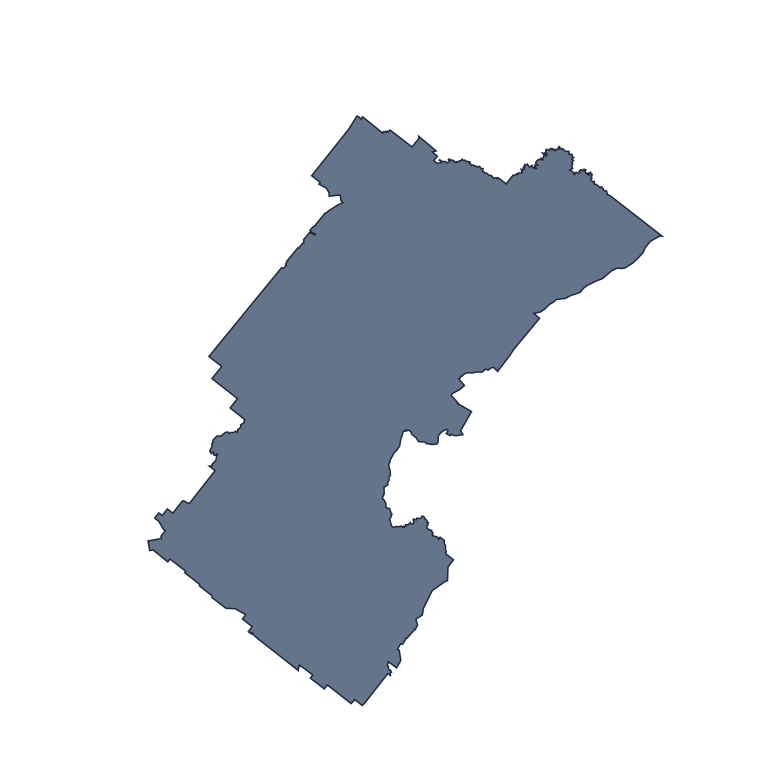 outline of Pyrenees, Victoria, Australia, rotated 210°
{"feature_id": "25037944B34836506967909", "entity_name": "Pyrenees", "entity_type": "district", "adm_level": 2, "iso_a3": "AUS", "parent_name": "Australia", "parent_adm1": "Victoria", "projection": "natural_earth1", "projection_center": [143.347, -37.328], "detail": "fine", "context": "isolated", "style": "filled", "palette": "slate", "viewbox_px": 768, "rotation_deg": 210, "n_neighbors": 0, "source": "geoboundaries", "source_scale": "gbopen_adm2", "svg_char_len": 6158}
<svg xmlns="http://www.w3.org/2000/svg" viewBox="0 0 768 768"><g transform="rotate(210 384 384)"><path d="M282.9,660.2L285.3,659.8L287.6,662.3L288.8,662.2L289.2,661.5L290.9,661.7L291.8,662.9L293.2,662.8L294.0,663.6L295.3,662.2L300.1,663.0L301.9,662.2L303.1,664.6L303.8,663.7L307.2,664.0L307.4,665.5L306.8,665.9L308.4,668.1L308.2,669.3L309.8,669.9L311.1,669.3L311.2,670.3L312.5,668.5L310.9,667.5L312.6,667.3L313.4,668.0L313.9,667.2L316.9,669.2L316.1,669.7L316.5,670.6L318.2,669.9L317.7,669.2L318.7,667.7L319.8,668.5L320.8,667.9L321.3,665.8L320.2,665.0L322.1,663.3L323.1,663.6L324.3,662.5L324.5,661.3L323.5,661.2L323.6,660.6L326.9,662.2L329.3,662.3L330.4,661.5L328.4,665.1L330.5,666.5L330.4,668.4L331.2,669.6L332.4,669.8L331.6,672.1L333.6,672.8L333.0,675.1L334.6,674.9L335.9,676.9L338.9,675.6L340.1,677.9L343.3,676.2L346.9,677.1L347.4,675.9L349.1,676.5L349.7,675.3L350.7,677.3L351.4,676.0L350.7,674.8L351.4,673.5L353.0,672.8L352.5,671.7L355.3,672.1L355.0,671.3L355.4,671.0L357.0,671.6L357.8,670.5L357.1,669.3L360.9,668.3L360.0,665.6L360.3,664.6L358.0,665.0L357.2,662.7L357.9,662.4L360.5,663.8L362.2,663.3L359.8,662.4L359.1,658.0L358.4,657.7L358.9,657.2L361.0,658.1L361.0,656.4L362.0,656.1L363.1,654.3L363.4,652.0L362.6,650.7L360.4,650.3L363.0,648.7L359.7,646.8L360.9,646.0L362.4,646.7L363.2,645.5L365.2,647.2L366.5,644.6L369.9,646.1L371.0,644.2L371.7,644.4L371.5,641.4L370.6,641.9L370.0,640.7L370.6,639.4L371.6,639.5L370.7,637.9L372.2,638.1L370.4,636.4L370.5,635.3L373.1,634.1L373.1,632.6L373.7,632.8L375.7,629.6L376.6,629.5L378.2,619.3L378.0,618.4L388.4,619.7L388.5,618.6L389.7,618.9L392.2,617.0L395.3,618.3L397.1,617.3L400.7,618.0L402.5,616.8L403.6,617.7L405.1,617.4L405.9,620.1L407.6,619.2L410.1,620.3L411.4,618.7L413.1,618.9L413.9,618.0L416.3,618.4L417.7,616.8L419.0,618.0L420.5,617.8L420.6,619.2L425.1,617.9L426.0,618.3L427.4,617.2L428.8,617.8L429.0,615.9L430.4,615.0L431.1,613.1L432.1,613.0L431.9,612.3L433.7,611.1L434.0,612.1L434.9,611.9L435.4,612.4L436.5,611.7L437.4,612.0L438.8,610.6L439.4,611.5L440.3,611.4L440.4,610.3L438.6,609.5L439.5,607.1L441.9,607.3L445.8,605.6L447.8,606.1L448.0,605.5L445.2,604.5L445.5,603.6L448.8,601.7L452.6,602.3L451.6,608.0L458.1,609.1L455.4,611.9L477.8,615.9L476.5,614.3L478.3,603.3L505.8,607.0L506.2,604.5L507.6,604.7L507.8,603.3L509.3,603.5L509.5,602.4L510.9,602.0L510.5,600.6L536.1,604.7L536.3,601.9L538.9,602.7L541.4,602.5L542.0,586.8L550.8,528.2L540.0,526.7L540.3,524.5L533.1,524.8L531.0,524.3L527.1,522.1L525.3,519.1L516.5,525.8L512.8,521.1L510.4,520.6L513.5,516.1L518.3,506.9L519.6,503.3L520.5,502.5L523.2,485.7L524.3,484.0L525.0,479.9L521.9,479.1L518.3,479.5L518.4,478.6L524.2,478.0L525.8,468.9L524.1,466.3L524.9,465.0L525.9,458.9L526.6,459.0L529.7,441.2L528.7,440.0L529.2,438.6L528.1,438.2L528.8,434.1L530.9,433.4L549.4,320.3L533.3,318.0L535.7,302.6L503.6,298.1L505.3,286.3L486.4,283.5L486.7,282.1L485.8,280.6L487.8,276.9L486.5,275.0L487.8,271.4L486.9,268.7L488.9,268.9L489.9,266.8L492.0,265.8L493.3,263.9L495.0,264.4L497.2,262.8L499.1,257.6L502.7,255.4L504.0,250.3L503.8,248.8L502.9,247.8L503.3,246.0L501.8,244.4L501.4,238.8L498.8,237.4L498.3,239.2L497.2,239.6L496.6,237.9L495.4,237.4L494.1,238.2L493.7,240.1L492.9,239.8L492.9,237.6L491.4,234.2L492.7,228.4L491.9,227.1L494.3,225.5L487.0,224.5L492.8,183.1L499.0,182.6L500.1,181.9L502.3,166.5L509.1,167.5L510.3,159.2L514.6,159.8L515.5,153.2L510.5,152.5L502.3,147.9L500.1,147.5L501.1,140.7L499.5,138.9L509.9,130.1L503.6,122.6L501.0,124.8L482.3,121.8L481.8,125.4L462.0,122.7L462.3,120.9L443.3,118.3L443.1,116.9L427.1,114.6L426.1,113.0L408.7,110.7L400.4,115.0L388.8,115.0L388.4,114.9L389.1,109.7L376.8,107.9L377.7,101.7L374.1,101.2L373.9,102.7L372.8,102.6L372.9,101.7L363.8,100.0L314.9,93.0L317.1,97.9L316.8,98.5L315.5,97.6L314.3,98.2L300.2,96.4L300.7,92.4L283.2,90.1L282.6,95.0L252.6,90.8L251.6,96.0L242.1,94.7L241.2,97.7L235.9,134.9L232.7,134.8L234.2,137.1L233.4,138.1L235.3,139.5L236.0,138.9L237.3,139.5L238.7,140.5L238.9,141.6L240.5,141.9L241.0,144.5L240.5,145.0L241.1,145.6L231.1,144.5L231.2,152.9L237.7,161.1L239.7,161.1L239.7,167.3L237.7,167.9L237.7,175.2L237.0,175.2L234.7,186.7L234.2,186.7L234.3,191.9L238.8,196.4L235.3,203.1L237.7,209.5L238.9,229.3L232.6,243.0L230.7,245.5L237.1,257.6L235.9,266.5L245.8,267.9L246.3,268.8L246.1,269.8L248.2,271.8L250.0,274.9L252.2,275.9L253.5,278.7L258.8,279.4L258.7,277.7L259.4,277.8L259.4,277.1L260.7,278.0L262.6,278.0L266.0,276.8L266.3,277.7L267.0,277.6L267.0,279.5L268.3,279.7L269.6,281.1L270.6,280.2L271.4,280.7L274.2,280.3L275.7,282.3L275.5,284.1L276.6,284.5L276.2,286.0L277.5,285.9L277.6,286.5L279.9,287.7L280.8,287.5L283.3,289.1L285.1,288.6L284.7,286.8L285.8,285.3L288.6,284.2L288.3,282.2L291.1,281.7L290.3,280.1L289.0,279.4L288.8,278.0L289.6,276.5L292.1,277.2L292.6,274.0L295.1,272.9L294.3,271.8L294.7,270.2L296.0,270.6L296.4,269.2L298.2,269.6L300.0,267.6L302.3,266.7L303.1,265.2L305.1,264.4L306.9,265.2L311.8,270.1L311.3,272.5L312.2,275.5L312.9,275.4L316.8,279.0L320.3,277.8L322.5,281.3L325.2,283.2L328.4,284.4L328.9,288.9L332.3,294.5L330.3,298.5L331.7,301.0L331.5,303.6L332.5,304.4L333.0,305.9L332.8,308.3L335.9,312.6L338.6,315.0L339.5,316.5L339.9,319.9L340.6,320.6L340.8,329.5L339.9,332.2L339.4,338.0L342.2,345.4L342.3,348.3L343.6,351.5L343.3,353.0L341.3,354.4L342.2,354.7L339.7,356.2L337.2,356.2L334.6,354.3L329.2,353.5L325.4,351.4L319.4,354.2L317.6,353.6L312.0,355.7L308.7,358.0L308.0,359.1L308.2,360.9L310.9,365.9L310.9,367.9L309.7,372.2L307.5,375.8L305.3,375.8L305.3,372.2L301.0,372.2L301.0,374.0L298.2,374.2L295.6,375.3L290.3,379.6L294.3,381.9L294.4,403.9L310.7,403.9L310.4,404.6L320.1,407.7L320.2,409.6L315.7,416.9L313.5,422.9L321.6,425.7L321.0,427.1L321.5,428.7L320.2,429.9L319.9,432.0L317.7,435.3L312.9,437.8L308.9,441.4L306.0,442.6L304.4,444.3L303.8,447.5L300.7,448.1L299.2,451.6L297.2,453.2L291.9,451.6L289.3,471.6L288.9,479.0L282.1,518.7L289.6,520.0L284.5,524.6L282.2,529.3L280.6,535.5L278.4,539.2L276.8,543.5L269.6,548.9L266.8,553.6L260.0,561.4L259.2,566.3L257.5,570.5L252.0,579.0L247.6,584.3L243.3,596.3L240.0,600.8L235.1,603.4L233.0,605.4L228.8,613.6L227.0,619.7L225.4,627.1L225.9,633.2L224.6,640.8L219.3,649.9L217.2,651.1L282.9,660.2Z" fill="#64748b" stroke="#1e293b" stroke-width="1.5"/></g></svg>